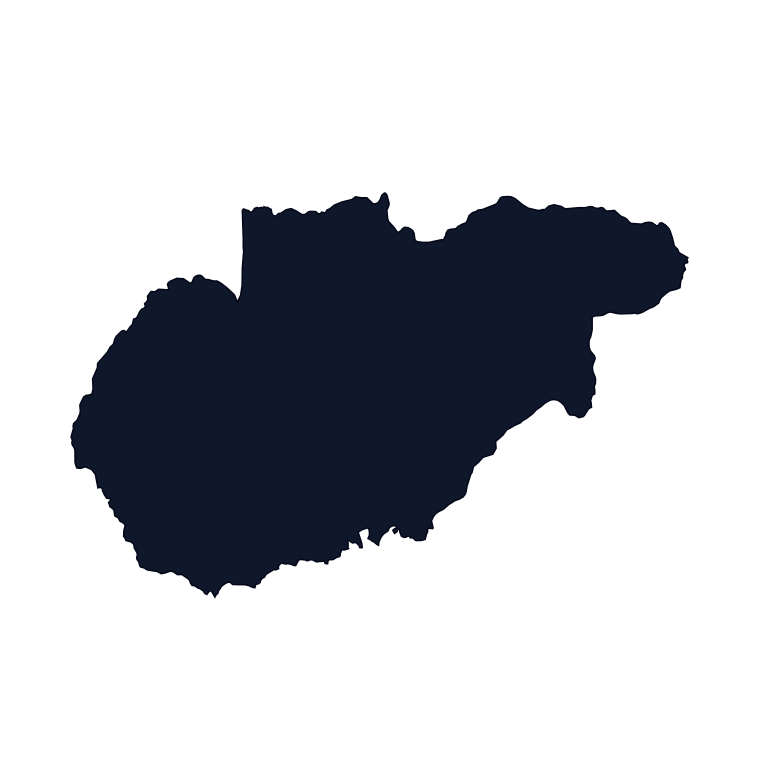 the district of Railaco, Ermera, East Timor, rotated 173°
{"feature_id": "22284137B49797009799058", "entity_name": "Railaco", "entity_type": "district", "adm_level": 2, "iso_a3": "TLS", "parent_name": "East Timor", "parent_adm1": "Ermera", "projection": "natural_earth1", "projection_center": [125.456, -8.681], "detail": "fine", "context": "isolated", "style": "filled", "palette": "ink", "viewbox_px": 768, "rotation_deg": 173, "n_neighbors": 0, "source": "geoboundaries", "source_scale": "gbopen_adm2", "svg_char_len": 6140}
<svg xmlns="http://www.w3.org/2000/svg" viewBox="0 0 768 768"><g transform="rotate(173 384 384)"><path d="M695.5,337.2L690.5,338.2L684.7,334.8L681.5,329.5L680.6,315.7L678.9,316.0L676.5,315.1L676.4,312.5L675.0,308.0L673.2,304.4L669.4,303.4L669.7,301.7L671.8,300.0L670.9,295.5L668.3,293.2L667.3,291.2L667.3,286.0L663.9,283.3L662.9,280.2L659.2,277.4L658.2,275.0L660.1,269.9L661.0,264.5L659.7,262.4L659.2,260.1L654.6,258.2L652.7,256.5L651.9,255.3L651.8,251.7L649.7,246.4L649.6,244.8L650.6,241.8L650.6,240.1L648.9,237.0L648.9,235.1L648.1,232.2L644.0,230.4L642.7,229.0L641.0,228.1L632.1,225.6L628.3,222.9L623.9,223.2L619.7,224.2L618.0,224.1L615.9,223.2L612.3,220.0L607.8,219.5L601.9,214.3L600.8,212.5L600.3,209.9L599.0,207.4L596.6,206.9L593.4,204.1L591.7,203.4L588.6,200.6L587.3,197.9L585.5,196.7L582.8,199.5L581.6,200.0L580.4,199.2L577.8,193.1L576.1,195.5L574.3,196.6L573.5,198.8L569.7,203.2L565.5,205.5L562.7,206.3L560.8,205.8L558.6,203.4L546.5,201.7L543.2,200.6L539.1,198.1L537.0,197.5L535.7,200.4L535.0,200.9L532.7,201.0L532.0,201.9L531.1,202.0L530.6,203.8L529.3,205.1L529.3,205.8L526.4,206.7L524.1,209.6L515.8,213.3L514.0,212.7L511.1,213.6L511.2,215.6L510.7,216.4L507.8,218.9L503.7,217.3L501.9,217.4L498.4,216.6L495.8,214.9L494.1,214.5L493.7,214.6L490.7,219.0L489.0,220.1L488.2,220.0L483.7,219.0L481.7,217.8L478.6,218.5L476.5,218.2L472.7,215.7L464.8,215.5L464.3,213.0L461.9,212.4L461.1,215.3L459.4,216.3L456.0,215.9L451.9,217.8L449.2,218.1L448.4,219.0L448.5,219.7L446.9,223.4L445.7,224.6L443.6,224.1L439.2,224.9L439.6,226.3L439.0,230.5L439.4,233.1L438.7,233.5L434.7,230.1L431.2,230.1L429.8,228.5L428.1,225.7L428.1,224.6L426.0,224.1L425.5,224.3L425.5,228.7L427.6,239.4L427.3,240.3L423.3,242.1L417.9,243.2L416.6,241.8L416.6,237.7L417.0,235.6L418.7,232.6L415.8,230.6L415.1,229.5L413.4,228.6L410.1,225.2L409.1,224.6L408.3,227.9L405.7,232.2L402.7,235.2L398.1,237.6L396.2,240.8L393.7,241.9L392.1,242.2L389.2,241.5L388.8,240.7L389.3,239.7L391.2,239.0L393.1,237.7L391.8,234.4L389.4,235.6L388.7,236.4L388.3,238.5L387.8,238.7L386.5,237.5L386.2,234.2L385.2,230.8L383.0,229.3L380.8,229.3L380.0,229.8L377.9,230.1L377.3,229.7L376.7,228.1L374.3,227.9L371.7,224.9L370.9,224.6L366.1,224.2L362.1,224.7L360.4,229.2L358.6,232.4L358.8,234.2L357.5,235.1L356.0,235.2L353.4,234.5L352.8,235.2L353.6,242.3L351.4,246.0L348.7,248.8L345.5,250.6L340.2,252.5L334.3,256.5L327.2,259.8L323.7,260.4L319.4,262.2L318.1,263.4L316.7,264.9L315.7,267.0L313.9,272.8L309.1,283.4L307.5,285.3L305.3,291.0L299.2,295.2L294.7,299.2L284.5,301.1L280.6,306.5L280.2,313.3L271.9,319.0L268.0,323.3L258.9,327.1L253.2,328.9L251.0,330.7L246.8,332.4L240.5,336.1L235.8,339.9L230.7,342.6L227.0,345.2L222.5,347.2L220.2,347.8L217.4,347.9L213.4,346.7L210.4,344.0L207.7,340.7L205.2,333.4L203.5,330.7L198.3,329.7L194.9,327.0L193.7,326.8L192.7,327.1L192.5,327.7L190.9,327.1L189.0,328.3L184.3,334.1L183.3,334.9L180.9,335.5L180.7,340.5L181.0,342.3L178.6,347.6L176.2,348.3L175.7,350.3L175.6,355.8L174.1,358.9L173.5,362.2L173.5,364.8L175.1,370.6L175.2,374.9L174.2,377.9L171.3,383.4L171.6,386.0L175.2,391.9L175.9,395.6L175.8,397.5L175.2,402.1L172.9,406.1L170.8,412.4L169.2,425.0L166.6,425.8L159.7,425.5L157.3,425.9L152.9,427.7L150.4,427.8L143.6,425.4L139.8,424.7L128.6,423.7L126.9,424.0L124.8,423.0L122.8,422.9L119.1,423.6L111.3,426.8L107.2,427.8L101.6,430.8L99.7,434.3L97.9,436.2L92.6,439.8L89.1,441.6L82.4,442.4L78.5,443.5L76.8,450.4L74.8,453.2L74.6,455.4L73.4,458.5L70.8,460.9L71.8,465.4L71.2,466.4L69.2,467.4L68.8,468.2L68.0,467.5L67.6,468.4L68.3,470.3L67.0,472.3L75.1,478.3L76.1,481.9L79.0,485.6L79.8,492.9L81.4,501.2L82.1,503.2L85.0,507.2L88.6,510.2L90.8,510.0L92.6,507.7L94.3,507.9L98.3,511.4L101.6,512.3L105.1,512.3L108.9,511.3L119.2,513.3L121.1,515.1L122.7,517.8L124.9,519.7L128.5,521.7L134.1,528.2L142.3,528.5L145.1,532.0L147.3,532.7L149.7,532.2L152.8,532.8L155.3,534.4L157.8,535.0L162.7,534.5L169.4,535.3L181.9,535.7L184.1,536.6L186.1,538.5L193.4,541.2L198.6,540.5L203.6,537.2L205.1,537.9L207.5,537.4L210.1,537.5L219.5,541.0L224.7,545.1L231.1,551.9L234.7,554.2L238.3,555.0L243.9,555.3L246.0,554.4L249.4,549.9L251.4,548.7L265.0,545.2L269.8,545.1L271.3,544.1L275.2,543.3L279.0,540.8L282.1,534.9L283.8,533.8L286.6,533.2L291.6,531.2L293.6,529.4L299.7,529.4L302.0,528.8L303.7,526.6L304.9,523.5L307.5,519.8L309.3,520.2L321.9,519.1L328.2,519.8L334.2,521.4L335.7,523.5L335.8,529.6L336.7,532.6L338.8,534.7L341.2,536.3L344.6,537.1L346.9,535.8L348.7,534.0L350.8,533.0L352.4,533.2L354.8,538.0L359.7,544.8L360.2,548.0L360.0,556.1L357.4,560.6L356.9,562.8L358.1,571.3L359.2,573.1L360.4,573.5L363.1,571.6L365.7,566.9L367.9,564.6L371.4,563.8L373.3,564.6L378.2,570.9L384.2,571.7L389.5,573.3L393.3,571.0L403.4,569.8L411.6,567.6L416.3,564.6L419.3,563.7L421.4,561.0L425.0,562.2L426.1,561.0L428.5,560.8L430.7,563.5L436.0,564.3L437.9,564.1L441.7,561.9L444.7,562.1L449.9,566.3L454.8,569.4L459.8,568.9L465.4,566.2L468.1,566.0L470.8,564.0L472.4,564.2L473.7,565.2L474.5,567.2L474.7,571.0L478.3,573.6L480.5,573.7L481.5,574.7L482.4,573.3L484.2,574.3L487.2,573.9L488.4,574.7L491.3,574.0L492.1,572.6L495.1,570.3L496.2,571.0L496.8,572.3L502.2,574.9L503.5,573.4L506.1,544.1L507.0,537.5L507.1,532.9L510.5,516.3L512.8,499.3L515.5,489.5L518.0,485.7L519.1,483.1L520.1,485.1L521.5,490.3L523.0,492.4L528.2,498.6L533.3,503.7L537.2,506.6L540.5,507.0L545.9,509.1L547.7,509.3L549.2,510.1L551.6,513.3L553.5,514.4L555.8,514.5L558.3,513.7L559.8,512.5L562.5,507.9L564.4,507.8L570.2,512.9L576.8,514.1L583.3,512.2L585.8,510.8L586.8,509.1L586.0,504.7L587.5,503.9L596.2,505.5L600.1,503.4L604.0,504.2L608.1,499.9L608.0,497.1L609.1,494.9L611.8,493.0L611.4,490.2L612.5,488.7L615.5,487.7L617.5,485.8L620.6,480.9L622.1,479.4L624.6,478.9L626.5,473.7L628.8,471.9L633.8,466.4L634.5,467.9L635.9,468.9L638.0,468.5L643.7,464.1L645.6,461.6L647.8,456.4L651.1,454.2L654.7,449.3L665.7,439.4L666.5,435.0L672.6,424.6L673.3,414.9L674.8,410.3L676.0,409.4L677.9,409.0L681.0,409.0L683.7,407.7L688.1,400.9L688.5,399.6L688.7,394.3L689.4,391.7L693.0,385.5L696.9,382.5L697.7,380.0L697.7,377.6L701.0,369.6L700.1,365.8L700.9,364.4L700.9,361.8L699.3,358.5L698.8,356.0L700.2,344.0L700.0,342.1L699.1,338.1L695.5,337.2Z" fill="#0f172a" stroke="#020617" stroke-width="1.5"/></g></svg>